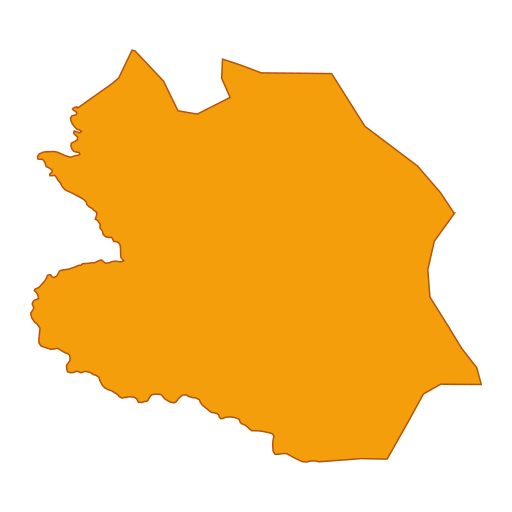 the district of Baghramyan, Armavir, Armenia
{"feature_id": "60910142B80677227285928", "entity_name": "Baghramyan", "entity_type": "district", "adm_level": 2, "iso_a3": "ARM", "parent_name": "Armenia", "parent_adm1": "Armavir", "projection": "robinson", "projection_center": [43.725, 40.166], "detail": "fine", "context": "isolated", "style": "filled", "palette": "amber", "viewbox_px": 512, "rotation_deg": 0, "n_neighbors": 0, "source": "geoboundaries", "source_scale": "gbopen_adm2", "svg_char_len": 3616}
<svg xmlns="http://www.w3.org/2000/svg" viewBox="0 0 512 512"><path d="M76.9,106.8L74.8,107.3L72.5,108.8L73.5,110.4L75.4,111.3L75.9,111.5L76.9,113.5L75.8,115.0L74.5,115.2L72.0,115.8L70.5,118.0L70.9,120.6L72.3,123.7L72.3,123.9L75.0,127.3L77.0,129.3L79.3,129.8L81.5,131.6L79.6,132.8L77.2,131.9L74.2,131.0L73.7,133.2L75.1,134.9L76.9,136.5L77.5,137.0L77.5,139.6L76.7,140.2L74.8,141.5L71.3,143.2L70.9,146.1L72.0,149.1L72.6,149.9L73.8,151.5L76.3,152.0L79.3,152.5L79.9,154.1L78.2,155.4L75.2,155.7L70.8,157.1L70.3,157.2L65.1,155.6L57.6,152.2L53.6,151.5L45.7,151.8L43.0,152.2L39.0,154.1L37.5,156.4L37.9,158.9L39.3,159.3L42.3,159.3L43.7,160.5L44.0,161.0L44.7,162.0L45.5,164.2L46.2,166.6L48.5,167.6L52.1,170.0L52.0,172.2L49.6,174.1L49.9,175.7L52.8,175.7L54.6,175.3L56.2,177.1L58.0,180.2L60.6,183.3L62.5,187.0L65.3,190.0L70.9,192.5L79.0,196.7L83.8,199.5L86.2,201.9L86.8,204.5L89.0,206.8L92.0,208.3L93.8,210.3L95.2,211.0L96.8,212.8L96.7,214.6L96.3,216.1L95.2,219.1L97.4,220.3L99.2,222.9L100.4,224.7L100.0,226.0L100.0,228.2L102.3,230.9L103.1,234.4L105.7,236.8L109.5,237.5L111.6,237.3L112.9,239.6L113.7,241.5L116.4,241.6L118.4,242.7L119.8,244.3L120.5,247.6L120.6,254.8L121.0,257.7L122.4,259.2L123.8,260.8L122.3,261.4L119.9,261.8L118.8,261.6L116.1,261.1L114.2,261.2L110.6,262.1L109.1,262.9L105.3,263.1L101.5,260.0L99.4,260.4L97.0,261.6L94.5,262.7L90.9,262.9L87.6,263.4L82.8,263.6L80.7,265.3L78.9,265.3L75.6,266.7L72.0,268.0L68.9,269.1L66.5,269.4L63.6,269.8L60.4,270.5L59.1,271.7L57.5,274.8L56.2,276.5L53.6,277.5L52.1,276.9L51.0,275.1L49.8,274.6L47.5,275.3L46.5,278.1L45.0,280.5L42.5,283.5L39.0,287.4L35.1,289.1L34.3,290.6L36.1,292.2L37.5,294.4L37.7,294.9L38.2,296.3L38.4,298.7L35.8,299.6L33.5,300.9L32.5,303.0L32.3,303.3L32.4,304.8L33.8,307.4L33.0,309.8L30.7,313.1L31.0,315.1L32.0,318.3L34.8,322.3L37.2,324.1L40.0,328.3L39.5,333.1L39.2,336.2L39.0,337.8L38.9,342.8L41.1,346.1L42.3,346.5L46.9,348.0L50.8,349.3L54.0,349.0L57.3,348.3L59.3,349.3L62.5,351.3L65.3,352.9L67.5,353.5L69.5,355.1L70.1,358.4L69.8,360.8L68.2,363.0L66.5,365.4L66.7,368.9L67.6,371.9L70.7,372.7L73.7,372.5L76.2,371.2L78.4,371.7L81.2,372.8L84.1,371.6L85.9,371.4L88.5,372.1L90.8,372.7L93.2,374.5L96.0,375.3L98.8,377.1L99.8,380.4L102.3,385.2L104.5,387.6L107.7,389.5L111.6,390.8L115.0,392.9L118.0,394.9L119.0,396.4L121.6,398.0L124.8,397.6L129.1,396.8L134.0,397.1L136.6,398.7L138.4,402.2L141.8,402.5L144.2,401.6L146.7,401.3L148.1,400.2L149.2,398.0L151.5,394.8L154.7,394.2L158.4,394.2L161.0,394.5L162.8,396.4L164.8,398.9L168.0,400.9L170.6,402.3L173.8,402.8L175.5,402.3L176.9,400.8L178.8,398.2L181.0,396.3L183.1,395.0L185.9,394.8L188.5,396.4L192.4,397.6L195.6,397.9L197.6,398.8L199.4,399.7L200.2,402.1L202.0,404.7L204.6,407.0L207.2,409.0L209.6,411.2L211.8,412.5L215.1,413.0L217.3,413.7L218.7,414.8L219.3,417.2L220.7,418.6L222.5,418.6L225.3,417.4L228.0,417.0L231.2,417.0L235.5,417.7L239.1,419.3L240.1,422.0L241.5,423.7L245.1,425.1L247.5,426.9L249.7,429.3L251.9,430.7L258.6,430.8L262.3,431.3L268.5,432.6L272.6,433.8L274.0,436.5L273.3,438.6L272.7,442.4L272.8,447.0L273.1,451.1L275.1,454.4L279.4,454.1L283.8,453.5L286.9,453.7L289.7,455.3L295.3,458.4L299.2,460.2L302.8,461.8L306.9,461.9L311.1,460.9L312.3,460.9L315.8,460.9L318.8,461.8L361.1,458.6L387.1,459.1L409.1,420.1L423.4,394.0L440.6,384.2L481.3,384.5L476.7,367.6L461.7,348.4L448.5,326.7L429.9,297.0L427.8,269.6L434.3,241.2L454.7,213.0L453.8,212.8L440.5,192.7L417.5,166.0L364.9,126.3L331.6,73.6L306.9,73.3L261.2,72.9L241.5,65.4L222.5,59.1L221.7,78.3L230.1,97.4L197.3,114.1L178.0,110.8L163.5,81.1L135.0,50.9L132.1,50.1L118.7,78.0L112.0,83.7L77.6,108.0L76.9,106.8Z" fill="#f59e0b" stroke="#b45309" stroke-width="1.5"/></svg>